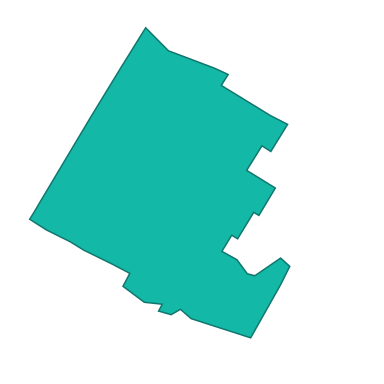 Tioga, New York, United States of America, rotated 121°
{"feature_id": "52423323B79140225975519", "entity_name": "Tioga", "entity_type": "district", "adm_level": 2, "iso_a3": "USA", "parent_name": "United States of America", "parent_adm1": "New York", "projection": "robinson", "projection_center": [-76.287, 42.204], "detail": "fine", "context": "isolated", "style": "filled", "palette": "teal", "viewbox_px": 384, "rotation_deg": 121, "n_neighbors": 0, "source": "geoboundaries", "source_scale": "gbopen_adm2", "svg_char_len": 698}
<svg xmlns="http://www.w3.org/2000/svg" viewBox="0 0 384 384"><g transform="rotate(121 192 192)"><path d="M225.9,68.3L205.4,69.9L203.0,82.0L231.4,95.0L233.6,102.5L226.9,118.6L227.5,135.8L208.6,135.7L208.6,128.8L177.7,128.6L177.6,122.6L145.7,122.6L145.3,156.3L116.4,155.8L116.7,145.3L84.8,144.9L86.1,164.2L85.6,221.8L72.7,221.5L74.3,236.5L83.1,284.9L75.1,316.3L117.0,316.9L120.2,317.0L122.4,317.0L178.0,317.4L181.1,317.4L279.4,317.1L286.5,317.0L290.2,317.0L299.0,317.1L299.5,297.2L297.4,270.9L297.6,254.8L294.9,223.0L293.8,203.4L308.4,202.6L311.1,176.1L303.5,159.7L311.3,159.3L307.9,146.7L298.5,141.5L301.0,127.4L286.8,66.6L225.9,68.3Z" fill="#14b8a6" stroke="#0f766e" stroke-width="1.5"/></g></svg>